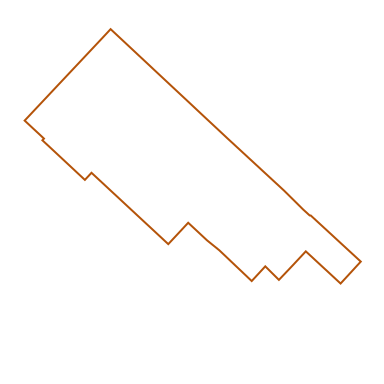 the district of Rio Blanco, Colorado, United States of America, rotated 43°
{"feature_id": "52423323B42221666108365", "entity_name": "Rio Blanco", "entity_type": "district", "adm_level": 2, "iso_a3": "USA", "parent_name": "United States of America", "parent_adm1": "Colorado", "projection": "equal_earth", "projection_center": [-108.132, 39.938], "detail": "fine", "context": "isolated", "style": "outline", "palette": "amber", "viewbox_px": 384, "rotation_deg": 43, "n_neighbors": 0, "source": "geoboundaries", "source_scale": "gbopen_adm2", "svg_char_len": 480}
<svg xmlns="http://www.w3.org/2000/svg" viewBox="0 0 384 384"><g transform="rotate(43 192 192)"><path d="M21.4,128.4L21.4,137.7L21.3,164.7L21.3,164.9L21.1,205.9L20.9,253.9L47.3,253.9L47.3,256.2L105.4,256.2L105.4,246.5L210.2,246.3L210.2,217.1L235.9,217.1L251.7,216.0L296.4,216.4L296.3,196.4L315.5,197.0L315.7,177.2L315.7,157.8L363.1,157.6L362.9,127.8L294.8,128.2L294.1,128.9L285.3,129.0L258.4,128.2L180.5,128.6L21.4,128.4Z" fill="none" stroke="#b45309" stroke-width="2"/></g></svg>